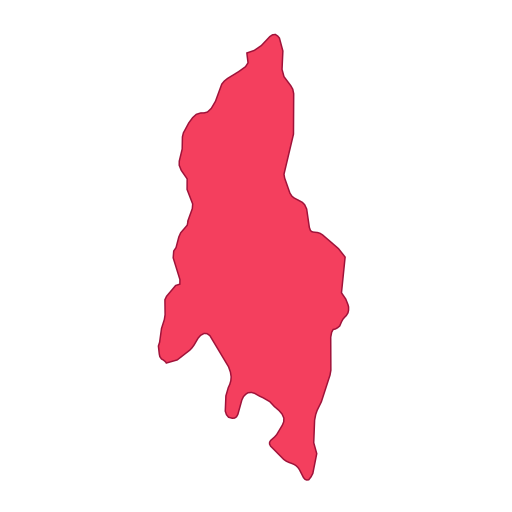 the County of Maramures, rotated 272°
{"feature_id": "ROU-298", "entity_name": "Maramures", "entity_type": "County", "adm_level": 1, "iso_a3": "ROU", "parent_name": "Romania", "parent_adm1": "", "projection": "robinson", "projection_center": [23.844, 47.655], "detail": "fine", "context": "isolated", "style": "filled", "palette": "rose", "viewbox_px": 512, "rotation_deg": 272, "n_neighbors": 0, "source": "natural_earth", "source_scale": "10m", "svg_char_len": 2128}
<svg xmlns="http://www.w3.org/2000/svg" viewBox="0 0 512 512"><g transform="rotate(272 256 256)"><path d="M162.6,161.6L166.5,162.7L180.3,164.1L189.2,166.6L194.1,167.2L209.1,166.5L212.6,168.0L223.7,176.7L225.2,180.9L229.8,180.8L251.3,173.3L258.1,173.6L261.6,175.8L272.3,178.2L276.5,179.9L284.4,186.2L288.1,186.8L288.4,186.6L301.1,190.7L305.8,190.9L320.1,184.8L330.7,184.5L339.0,178.3L344.0,176.1L348.1,176.0L360.3,178.5L372.5,178.3L376.7,179.2L378.4,180.1L386.7,184.2L392.1,187.9L395.5,191.4L397.0,195.7L397.2,199.2L398.2,202.5L402.0,206.2L409.2,210.1L426.6,215.8L429.7,218.2L432.4,221.3L439.7,232.3L444.8,238.9L448.8,241.3L455.7,240.2L458.6,239.8L461.4,247.1L466.5,254.0L475.8,262.2L477.6,264.7L478.1,267.6L476.5,270.1L474.6,271.8L461.8,275.7L443.4,275.5L436.2,277.7L427.4,284.8L424.0,286.9L419.5,288.0L379.1,289.2L338.7,281.1L334.9,281.9L320.0,287.7L317.0,289.8L315.3,292.1L311.2,300.5L309.0,302.8L304.7,305.0L286.5,308.3L283.4,309.5L282.3,310.9L281.9,312.5L281.6,316.7L280.9,319.2L279.4,321.8L266.2,338.2L258.0,345.1L222.2,342.7L216.1,347.2L210.6,349.6L208.3,350.3L205.1,350.4L202.4,349.9L199.6,348.3L197.9,346.7L195.9,345.1L193.4,343.8L189.0,342.1L187.1,340.0L185.8,337.8L185.3,335.7L182.5,334.3L177.5,333.5L144.4,334.8L139.5,334.1L112.6,326.4L103.9,322.5L99.7,321.2L94.0,320.3L71.4,320.2L60.6,323.6L40.8,320.4L37.2,318.7L34.2,316.5L33.9,314.5L34.5,312.8L36.2,311.2L44.1,306.8L46.2,305.2L47.9,303.3L49.0,301.4L49.9,299.1L50.8,296.3L52.0,293.4L53.7,290.8L66.5,277.2L68.6,276.1L70.4,276.1L72.2,277.1L75.8,280.9L78.2,282.9L88.0,288.3L91.3,289.5L95.0,289.5L98.9,287.6L102.4,284.4L106.2,279.6L110.9,274.9L114.6,268.0L116.0,264.6L118.7,259.4L119.5,256.2L119.0,252.6L117.4,250.5L115.1,248.4L111.7,246.9L97.1,243.4L94.6,242.1L93.3,240.3L93.0,238.0L93.9,234.2L96.4,232.0L99.9,230.7L115.2,230.8L123.5,232.9L126.9,234.3L130.5,235.2L134.3,235.4L139.1,234.5L144.4,232.4L174.8,212.7L176.7,209.8L176.8,206.8L174.8,203.4L171.9,201.0L164.7,197.1L161.8,195.1L159.6,193.1L149.4,180.9L145.9,170.1L146.6,169.7L147.8,168.4L148.9,166.9L149.8,165.1L152.1,163.4L154.5,162.8L162.6,161.6Z" fill="#f43f5e" stroke="#9f1239" stroke-width="1.5"/></g></svg>